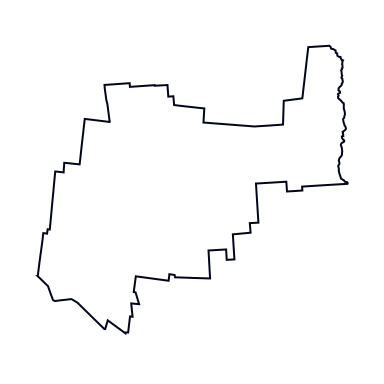 outline of Jiménez, Santiago del Estero, Argentina, rotated 356°
{"feature_id": "61730980B84013532899060", "entity_name": "Jiménez", "entity_type": "district", "adm_level": 2, "iso_a3": "ARG", "parent_name": "Argentina", "parent_adm1": "Santiago del Estero", "projection": "orthographic", "projection_center": [-64.123, -26.917], "detail": "fine", "context": "isolated", "style": "outline", "palette": "ink", "viewbox_px": 384, "rotation_deg": 356, "n_neighbors": 0, "source": "geoboundaries", "source_scale": "gbopen_adm2", "svg_char_len": 3178}
<svg xmlns="http://www.w3.org/2000/svg" viewBox="0 0 384 384"><g transform="rotate(356 192 192)"><path d="M339.2,55.7L318.1,55.6L316.7,62.9L308.6,106.3L289.9,107.4L287.5,131.1L274.1,131.1L258.9,131.0L208.3,123.5L210.1,109.5L207.2,109.0L190.1,105.9L185.3,105.0L180.2,104.0L180.1,95.2L175.0,95.2L175.0,83.6L162.3,83.4L162.3,82.8L137.4,82.8L137.4,79.1L112.2,79.1L112.2,82.6L112.5,87.3L112.8,91.6L112.9,93.9L113.7,98.3L113.9,101.5L114.8,116.3L114.7,116.4L112.8,116.0L90.1,111.6L90.0,112.3L89.6,114.4L88.8,118.6L87.5,125.8L85.1,138.6L82.6,152.5L81.8,156.6L78.3,156.0L71.0,154.7L67.5,154.1L66.6,154.0L65.7,160.4L65.3,163.5L58.9,162.3L57.0,162.0L54.0,180.0L53.7,182.3L53.0,186.1L49.3,208.8L47.5,219.5L45.4,219.1L44.5,223.4L44.2,223.3L40.8,222.6L40.7,222.9L39.8,228.1L37.4,239.8L36.9,242.1L34.6,253.2L33.1,260.9L32.9,261.7L32.9,261.9L32.7,263.1L32.4,264.1L32.4,264.3L32.3,265.1L32.2,265.1L32.4,265.3L32.6,265.6L32.8,265.8L33.0,266.1L33.6,266.7L33.8,266.9L41.5,275.6L41.8,275.9L41.9,276.3L43.9,283.7L45.2,287.9L45.5,289.1L45.8,289.8L45.9,290.1L46.2,290.3L46.6,290.6L47.2,291.0L47.9,291.2L52.8,290.9L55.0,290.8L58.2,290.7L62.0,290.5L62.3,290.5L63.6,290.4L64.3,290.5L64.5,290.6L64.9,290.8L65.2,291.0L70.1,294.5L70.3,294.7L73.3,298.1L75.1,300.1L76.2,301.4L82.4,308.4L82.7,308.8L84.8,311.1L86.0,312.5L86.3,312.8L91.0,318.1L95.6,323.2L95.6,323.3L95.7,323.1L99.0,314.2L115.8,328.4L116.0,327.5L118.5,327.7L121.5,311.8L124.0,312.3L123.6,298.9L131.4,300.2L128.7,288.2L126.9,287.7L128.6,279.4L130.1,272.2L162.5,278.9L163.7,272.4L168.9,273.6L169.1,275.9L188.9,278.0L204.0,279.5L204.4,251.8L204.4,251.5L222.0,251.7L221.9,262.1L229.6,262.2L229.8,237.1L247.6,236.7L247.5,227.1L256.1,227.2L256.4,188.0L262.5,188.1L272.1,188.2L286.8,188.3L286.8,198.1L294.5,198.2L302.2,198.2L302.2,194.3L320.2,194.4L330.5,194.5L348.5,194.7L348.4,194.7L347.4,193.0L345.2,192.4L344.4,191.0L341.6,189.0L341.2,187.0L340.4,184.2L339.9,181.3L340.1,179.2L339.7,176.0L341.0,174.2L341.1,172.7L340.6,170.7L341.5,168.5L343.2,166.9L344.2,165.4L344.4,163.4L344.7,161.9L344.6,160.4L344.6,158.7L344.5,158.3L343.8,155.6L343.9,154.9L344.3,154.1L345.2,153.3L346.4,152.9L347.3,152.3L347.3,151.8L347.4,151.1L346.3,150.2L345.4,148.5L345.3,147.1L346.7,146.7L346.6,144.9L346.8,145.2L346.8,142.4L347.7,141.8L349.1,140.9L350.0,139.7L349.7,137.7L348.8,136.2L348.7,135.3L348.3,133.9L348.0,132.6L347.8,129.7L348.9,128.6L349.5,126.3L350.0,125.3L350.0,123.4L349.6,120.9L349.3,119.6L349.3,118.4L349.5,116.3L349.5,115.3L349.5,115.0L349.5,114.0L348.4,113.3L346.9,111.1L344.4,108.7L344.3,107.1L345.0,106.2L344.4,104.7L345.0,104.0L346.6,103.4L346.6,102.1L345.2,100.8L345.3,100.2L345.5,98.8L346.6,97.6L348.1,96.4L348.9,95.5L348.9,94.4L349.8,93.5L350.1,92.6L350.1,91.2L349.8,90.6L349.9,89.4L349.0,88.5L349.4,87.4L350.0,86.5L349.6,85.4L349.6,85.1L349.6,83.5L349.6,82.1L349.2,81.2L350.1,80.1L350.1,79.1L350.9,78.5L350.9,77.2L350.9,75.9L350.6,75.0L351.1,73.3L351.1,72.2L351.4,71.8L351.8,71.2L350.5,70.6L349.6,68.6L349.6,67.7L347.8,67.3L346.6,66.3L346.4,65.0L346.5,63.8L345.1,63.1L345.1,61.5L345.1,60.8L343.8,60.0L343.2,59.4L342.1,59.1L340.9,58.8L340.7,58.3L340.6,58.1L340.5,57.1L339.3,55.9L339.2,55.7Z" fill="none" stroke="#020617" stroke-width="2"/></g></svg>